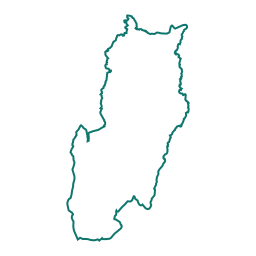 Kaniama, Katanga, Democratic Republic of the Congo
{"feature_id": "63176286B16885288794784", "entity_name": "Kaniama", "entity_type": "district", "adm_level": 2, "iso_a3": "COD", "parent_name": "Democratic Republic of the Congo", "parent_adm1": "Katanga", "projection": "mercator", "projection_center": [24.189, -7.846], "detail": "fine", "context": "isolated", "style": "outline", "palette": "teal", "viewbox_px": 256, "rotation_deg": 0, "n_neighbors": 0, "source": "geoboundaries", "source_scale": "gbopen_adm2", "svg_char_len": 5799}
<svg xmlns="http://www.w3.org/2000/svg" viewBox="0 0 256 256"><path d="M185.9,24.8L183.0,25.1L175.2,28.6L174.4,28.2L172.3,25.6L171.7,25.6L170.8,26.6L169.4,32.4L166.9,33.6L163.2,33.5L160.8,33.3L158.6,32.7L156.7,32.6L154.6,34.0L151.5,33.7L150.6,34.1L147.9,33.1L147.2,32.1L146.4,32.0L146.0,31.0L145.7,30.8L145.4,31.1L144.9,31.1L144.3,30.5L143.7,30.6L142.8,30.1L142.1,30.1L141.9,29.6L141.3,29.2L139.8,29.1L139.3,29.6L138.7,29.5L138.3,29.2L137.7,29.4L137.3,29.3L137.1,28.9L136.4,29.1L135.5,28.3L135.8,27.8L136.5,27.4L136.8,26.9L136.8,26.3L136.5,25.3L136.7,24.0L135.7,22.3L135.4,21.2L134.7,20.5L133.6,18.3L132.4,17.9L131.9,16.5L131.0,16.3L130.8,16.0L127.6,15.4L127.2,15.6L127.3,16.2L127.1,17.2L127.2,17.5L128.5,18.6L128.4,19.1L127.4,20.3L124.6,20.4L124.2,20.8L124.5,22.2L124.8,22.5L126.3,22.3L126.5,23.9L127.8,25.3L127.4,25.8L125.3,27.1L125.2,27.5L125.4,28.0L125.9,28.5L127.2,29.1L126.5,31.9L126.5,33.1L124.8,32.9L124.5,33.1L124.2,35.1L124.0,35.5L123.2,35.7L123.2,34.9L122.6,34.6L121.6,34.7L121.3,34.4L120.6,34.5L119.3,35.4L118.6,35.1L117.7,35.2L117.0,36.0L116.9,37.1L116.4,37.7L115.8,40.2L115.1,40.8L113.5,41.7L113.4,42.4L113.0,42.7L111.5,46.6L110.6,47.2L110.1,47.9L107.9,49.1L107.8,49.4L108.2,50.4L107.7,51.0L107.3,51.2L106.6,50.7L105.2,52.1L105.5,53.0L105.3,54.1L105.7,55.3L108.1,58.3L107.4,58.7L107.2,59.2L107.3,59.8L106.6,61.6L107.1,62.3L106.4,63.1L106.8,64.2L105.7,64.8L105.3,65.4L105.3,66.0L105.8,67.8L106.2,68.3L107.1,68.6L108.4,68.7L109.2,69.4L109.3,70.1L109.9,70.6L110.9,70.5L111.0,71.1L110.2,72.1L108.8,72.1L107.3,72.9L107.4,73.3L106.9,74.9L107.1,76.1L106.8,76.8L106.5,80.1L105.9,80.7L105.8,81.7L105.3,82.2L105.5,83.3L104.6,85.0L104.8,85.3L104.5,85.8L103.7,86.4L103.5,88.1L102.5,88.6L101.5,89.5L101.2,90.2L102.1,92.4L102.0,93.0L101.8,93.0L101.2,93.6L100.5,94.5L101.5,95.2L101.7,95.6L101.6,96.7L102.3,98.0L101.0,100.6L101.3,101.7L100.7,103.0L101.6,105.9L101.7,106.7L101.5,107.2L100.6,108.2L101.7,108.5L101.9,108.7L101.3,109.5L100.9,110.9L100.4,111.8L100.3,112.6L100.6,113.8L103.7,119.4L104.2,120.0L104.1,120.7L104.8,121.6L105.1,122.4L105.2,123.9L104.9,124.7L104.0,125.5L104.5,126.4L102.6,127.3L98.3,129.9L93.0,131.2L89.0,132.7L88.4,133.8L88.8,137.3L88.7,140.7L87.6,141.2L87.9,138.6L87.4,137.1L87.5,136.0L86.3,130.3L85.8,129.5L83.9,128.3L83.2,127.7L82.8,126.8L81.0,125.3L80.3,126.0L78.6,129.4L76.3,132.0L76.2,132.4L76.5,133.8L76.3,134.7L76.5,135.3L76.0,135.7L75.9,136.3L75.1,137.1L75.1,137.6L73.3,139.7L73.4,140.6L73.0,141.5L73.0,142.4L72.3,144.0L72.6,144.8L72.4,145.3L73.3,146.3L71.3,149.8L70.6,152.1L70.6,152.6L71.5,153.5L72.1,155.2L73.1,156.0L73.5,157.0L73.4,158.1L73.6,160.1L74.5,162.5L73.6,166.4L72.5,169.2L72.6,170.2L74.4,176.1L74.5,179.2L73.2,183.9L73.1,186.6L72.2,190.1L71.4,195.3L70.7,197.2L70.8,197.5L70.5,198.1L69.1,198.9L68.5,199.6L67.5,202.1L67.3,203.8L68.6,210.1L69.4,211.0L71.8,212.4L73.0,214.2L73.0,214.5L72.2,215.4L71.9,216.0L71.8,218.0L72.8,220.5L73.5,221.4L73.3,226.7L73.9,230.4L77.8,239.5L80.1,237.8L82.8,239.0L86.8,239.0L88.5,239.3L90.6,240.0L93.0,240.2L94.6,240.3L97.8,239.4L99.3,240.6L100.7,239.2L101.5,239.2L101.9,238.8L102.2,238.2L103.0,239.0L103.9,239.2L106.1,239.0L106.6,239.2L107.3,238.9L109.4,238.8L110.8,238.0L114.5,233.7L120.8,228.5L121.6,227.2L121.5,225.2L121.3,224.9L120.8,224.7L120.0,222.5L119.5,221.8L115.8,219.5L114.5,219.2L114.2,218.9L114.9,216.0L116.1,214.8L116.3,213.2L116.1,211.4L116.4,210.6L116.9,211.5L118.2,211.6L121.9,207.2L125.0,204.3L127.3,201.6L127.6,201.3L130.2,201.5L131.1,201.2L132.2,200.0L133.7,196.3L134.4,196.4L135.4,199.0L137.5,200.4L138.3,202.8L139.5,204.8L140.6,205.3L141.4,205.3L142.2,205.0L142.5,204.6L145.7,208.4L147.6,209.1L149.2,208.7L150.4,207.2L151.2,205.2L150.5,203.1L150.7,201.8L151.5,200.3L151.9,198.4L153.9,196.1L154.5,195.1L154.7,193.9L155.0,189.7L154.8,189.2L154.2,188.9L154.2,188.4L156.0,184.9L156.1,183.4L156.9,181.7L156.5,180.3L156.9,177.3L158.4,174.0L158.4,172.9L158.2,172.3L158.4,171.1L159.4,169.4L162.4,165.9L163.8,162.8L164.4,162.5L164.9,161.6L165.1,160.5L164.8,159.1L164.2,159.1L164.0,158.3L163.4,158.0L163.5,156.4L164.8,154.6L165.6,154.3L167.0,153.2L167.5,151.5L167.3,150.7L167.6,149.8L167.2,148.1L167.3,147.2L167.9,146.3L167.3,146.0L168.1,144.6L167.6,143.3L167.9,142.6L169.0,142.1L169.2,141.3L169.6,140.7L169.8,139.2L170.8,137.5L170.7,137.1L170.3,136.9L170.4,136.0L170.0,135.4L171.3,134.9L172.3,133.9L172.3,132.8L174.4,130.3L175.0,130.0L175.4,128.4L176.5,127.6L176.9,126.6L179.1,125.7L179.6,126.2L179.9,126.1L180.7,126.6L181.3,126.2L181.6,125.5L181.3,124.5L182.2,123.8L183.3,121.4L183.5,120.3L183.9,119.8L183.9,118.7L184.6,118.4L186.2,115.6L185.9,113.0L186.6,112.7L187.3,112.1L188.0,112.4L188.5,111.3L188.4,110.6L188.7,109.4L188.5,108.1L188.0,107.7L188.4,107.0L188.2,106.1L188.5,105.6L188.1,104.1L188.5,103.4L187.9,103.0L187.9,102.5L188.2,102.3L187.6,101.7L187.1,101.5L186.7,100.9L186.0,100.7L185.8,100.0L185.3,99.5L185.8,95.0L185.2,94.2L184.6,94.3L183.5,95.1L183.1,95.1L182.8,94.1L182.3,93.5L181.3,93.6L179.7,92.9L179.0,91.7L179.6,89.9L181.0,90.0L181.1,89.3L181.7,88.6L180.3,87.8L179.3,86.1L179.4,85.9L179.8,85.9L180.0,85.4L179.8,84.6L180.6,84.5L180.9,83.5L180.1,81.1L180.4,80.5L180.3,80.0L181.0,79.0L180.2,78.8L181.0,77.6L181.1,76.9L181.7,76.8L181.9,76.3L181.6,75.3L181.7,74.3L181.3,73.7L182.2,71.5L181.8,70.7L181.9,69.6L181.7,69.1L180.7,68.4L180.5,67.7L179.6,67.1L179.4,65.1L180.0,64.7L180.0,64.4L179.4,63.8L179.3,63.1L180.7,58.6L179.9,58.3L179.6,57.7L178.5,57.0L179.1,55.6L178.8,55.0L178.1,54.4L177.3,54.1L176.1,54.5L175.3,53.8L175.8,52.9L175.6,52.6L174.9,52.5L175.2,51.4L176.0,50.9L176.3,50.2L177.1,49.9L177.9,47.5L177.7,46.5L177.8,45.6L178.5,44.1L179.2,43.8L179.9,44.2L180.6,42.2L180.4,41.0L181.0,39.6L182.0,38.7L181.8,37.4L182.4,36.6L181.7,35.1L181.8,34.3L182.4,33.8L183.3,31.7L183.9,31.1L184.1,29.9L186.3,28.5L186.9,27.7L187.1,26.4L186.7,25.6L185.9,24.8Z" fill="none" stroke="#0f766e" stroke-width="2"/></svg>